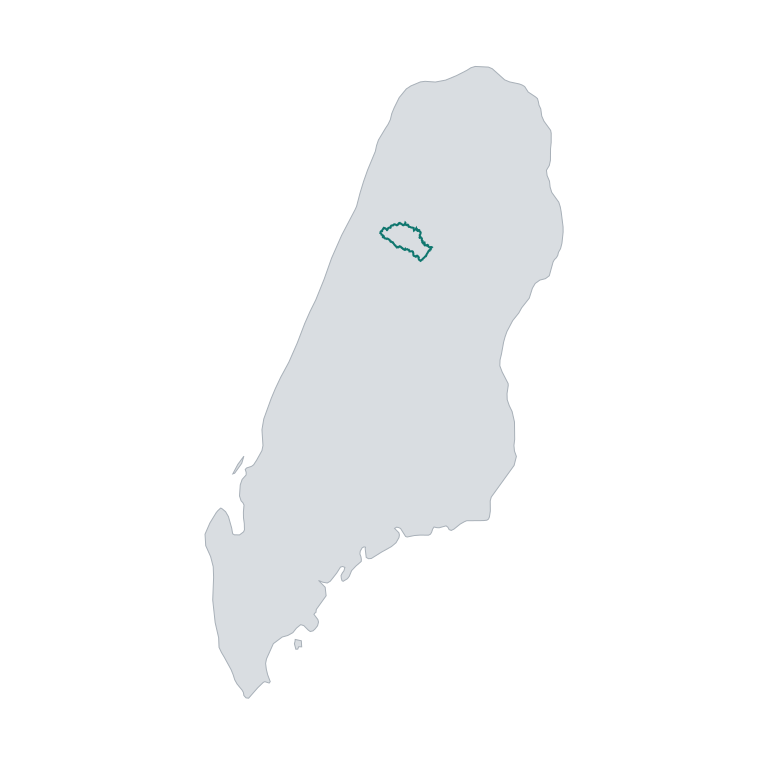 Ambalavao, Haute Matsiatra, Madagascar (highlighted), rotated 185°
{"feature_id": "10022922B7475622417535", "entity_name": "Ambalavao", "entity_type": "district", "adm_level": 2, "iso_a3": "MDG", "parent_name": "Madagascar", "parent_adm1": "Haute Matsiatra", "projection": "orthographic", "projection_center": [46.669, -21.841], "detail": "fine", "context": "in_parent", "style": "outline", "palette": "teal", "viewbox_px": 768, "rotation_deg": 185, "n_neighbors": 0, "source": "geoboundaries", "source_scale": "gbopen_adm2", "svg_char_len": 8646}
<svg xmlns="http://www.w3.org/2000/svg" viewBox="0 0 768 768"><g transform="rotate(185 384 384)"><path d="M506.9,76.3L509.0,81.4L511.5,86.2L519.3,97.9L522.6,102.5L525.4,107.3L526.6,116.8L531.4,131.6L535.8,153.9L536.9,176.6L538.2,187.1L541.7,197.0L547.5,207.4L549.2,218.8L545.3,230.4L539.9,241.3L538.5,243.3L536.0,246.1L534.9,245.9L530.7,243.0L527.4,238.3L523.2,227.2L521.7,221.6L519.9,220.7L514.7,221.1L511.0,224.5L510.3,226.6L511.0,232.8L512.3,238.4L512.9,244.1L512.9,251.2L514.2,253.4L516.2,255.2L518.2,259.9L518.4,271.0L517.0,276.6L513.4,281.4L513.6,284.0L514.8,286.8L513.5,288.4L508.8,290.4L506.8,292.2L504.2,297.1L499.8,307.0L499.2,312.1L501.6,327.8L500.7,338.8L495.1,359.8L491.9,369.8L487.5,381.7L480.7,397.4L474.0,417.2L468.2,437.5L464.0,449.8L459.3,461.8L452.8,483.1L447.2,504.8L439.1,528.6L428.0,555.2L426.8,558.6L424.5,572.2L422.0,584.0L419.0,595.7L412.9,615.0L412.2,620.9L410.8,626.6L404.9,638.7L402.5,643.2L400.7,648.0L399.8,654.1L398.0,659.9L393.8,670.7L387.5,679.9L383.2,683.3L374.1,688.1L369.4,689.1L359.1,689.3L349.1,692.1L338.7,697.5L328.8,703.7L325.0,706.6L320.8,708.3L307.6,708.8L303.6,707.5L290.3,697.5L285.2,695.9L275.4,694.7L272.5,693.9L269.8,692.6L265.8,687.4L257.9,683.1L256.0,681.7L254.8,678.6L253.9,675.3L251.8,671.7L250.2,664.6L247.5,659.7L240.1,651.2L239.3,648.4L238.5,639.1L238.6,632.9L237.7,621.4L238.4,616.0L240.8,611.1L239.7,605.9L236.8,600.4L235.7,594.7L233.6,589.5L225.7,580.3L223.8,575.7L222.5,570.9L219.3,556.1L218.8,550.9L219.0,539.9L219.9,534.3L221.7,530.3L222.1,527.3L223.3,524.8L225.1,522.7L226.2,520.3L228.8,506.2L232.4,503.0L237.8,501.1L242.1,497.4L244.5,492.4L246.8,482.1L253.5,471.9L255.9,466.5L261.3,458.4L266.1,447.0L267.5,441.6L268.5,436.1L269.6,424.1L270.5,418.1L270.2,412.2L267.3,406.2L260.4,395.3L260.1,393.3L260.6,385.1L259.9,379.1L257.3,373.3L254.0,367.8L250.7,357.5L249.0,340.3L249.2,334.1L248.2,328.6L245.8,323.4L247.3,314.2L267.3,280.7L268.0,276.8L267.0,266.7L267.4,260.8L268.1,258.6L269.6,257.3L273.1,256.6L289.7,255.0L291.8,253.9L295.9,251.1L301.6,245.6L304.2,244.0L306.4,244.6L307.9,246.9L309.8,248.1L316.5,245.6L319.0,245.5L321.7,245.9L322.9,243.7L323.6,240.6L324.6,238.5L326.4,237.3L335.0,236.6L340.5,235.7L347.6,233.6L349.2,234.0L354.9,241.5L356.7,242.2L358.9,242.5L360.9,241.1L356.2,237.1L355.5,234.9L355.7,232.3L358.2,226.9L362.4,222.7L371.7,216.4L381.4,209.1L384.2,208.6L386.6,209.7L388.4,218.4L388.2,219.8L389.7,220.0L391.5,218.9L393.1,215.4L393.2,212.6L391.9,209.8L391.3,207.4L391.2,205.3L396.1,200.2L400.0,195.3L401.8,189.5L403.4,186.9L407.5,183.9L408.7,184.4L409.6,186.8L410.1,189.4L409.1,192.0L407.6,194.5L407.0,197.9L409.3,198.6L411.4,197.8L414.6,191.6L418.3,185.9L420.4,182.8L423.2,180.8L427.7,181.2L432.1,182.6L424.9,176.4L423.2,168.0L431.8,153.5L431.9,150.5L433.1,149.6L433.7,148.4L429.3,143.5L428.5,141.1L429.1,137.4L431.2,134.1L433.2,131.9L435.9,131.0L438.1,132.3L442.8,136.3L446.0,137.0L449.9,133.2L453.1,128.4L457.9,125.1L463.3,123.1L471.6,115.7L477.1,99.9L477.6,95.3L476.4,89.7L474.6,84.3L471.4,77.6L472.3,76.1L476.8,77.1L478.3,76.2L483.3,70.4L491.5,59.2L494.1,59.3L496.4,61.4L497.2,64.5L498.8,66.8L504.2,72.3L506.9,76.3ZM450.2,120.0L450.2,121.8L444.0,121.0L443.1,115.0L446.1,114.8L446.8,112.4L448.7,112.1L450.6,117.4L450.2,120.0ZM522.6,291.2L517.3,299.9L518.8,292.6L525.0,282.1L526.8,281.3L522.6,291.2Z" fill="#d9dde1" stroke="#a8b0b8" stroke-width="1"/><path d="M373.7,519.9L373.4,520.0L373.0,520.2L372.9,520.3L372.7,520.4L372.1,520.0L371.4,519.6L371.1,519.6L370.9,519.8L370.6,519.5L370.5,519.2L370.2,518.8L370.2,518.3L369.7,518.3L369.2,518.4L368.8,518.5L367.8,518.7L367.3,518.7L367.1,518.6L367.0,518.3L366.7,518.2L366.6,517.6L366.5,517.3L366.3,517.2L366.2,517.0L366.0,515.6L366.1,515.4L365.8,514.5L365.2,514.1L364.8,514.1L364.5,514.0L364.3,514.0L364.0,513.8L363.8,513.8L363.4,513.5L363.0,513.7L362.9,513.9L362.9,514.2L363.1,514.3L363.0,514.5L362.6,514.6L362.3,514.4L362.1,514.7L361.9,514.7L361.6,514.4L361.3,514.2L361.0,513.8L360.5,513.4L360.3,513.1L360.4,512.6L360.6,512.4L360.4,511.8L360.3,511.6L360.1,511.0L359.9,510.8L359.7,510.8L359.4,510.5L359.1,510.5L358.8,510.1L358.3,509.8L358.0,510.1L357.9,510.2L357.5,510.8L357.0,511.1L356.8,511.4L356.5,511.4L356.4,511.8L356.3,512.1L356.1,512.3L355.4,513.1L354.9,513.4L354.5,514.2L353.8,515.0L353.7,515.0L353.4,514.9L353.3,515.0L353.2,515.5L353.0,515.8L353.1,516.3L353.0,516.5L352.9,516.5L352.8,516.9L352.6,517.4L352.5,517.5L352.4,517.7L352.3,517.9L352.2,518.0L351.9,518.6L351.9,518.9L351.6,519.3L351.5,519.5L351.4,519.9L351.2,519.9L351.1,520.0L351.1,520.3L351.0,520.5L350.8,520.6L350.7,520.9L350.6,521.0L350.3,521.0L350.2,521.0L350.2,521.4L350.2,521.7L349.9,521.8L349.8,522.0L349.5,521.9L349.2,522.0L349.1,522.3L349.2,523.0L348.9,523.6L348.2,524.4L348.4,524.5L349.0,524.6L349.3,524.5L350.2,524.4L350.7,524.2L351.3,524.4L351.5,524.5L351.7,524.8L352.1,525.2L352.1,526.0L352.5,526.1L352.8,526.4L353.0,526.3L353.1,526.1L353.1,525.8L353.2,525.5L353.6,525.6L353.9,526.0L354.3,526.0L354.7,525.9L355.0,525.7L355.4,525.6L355.6,525.8L355.9,526.1L356.1,526.3L356.1,526.8L355.8,527.2L355.7,527.6L356.0,528.6L356.8,528.5L357.1,528.5L357.2,528.4L356.9,528.1L357.3,528.1L357.4,527.9L357.5,527.8L357.9,528.4L358.0,528.8L358.3,528.7L358.4,529.1L358.3,529.3L358.3,529.7L358.1,530.0L358.3,530.2L358.4,530.3L358.7,530.4L358.9,530.5L359.0,530.7L358.9,531.4L359.0,531.7L358.9,532.2L359.0,532.4L359.2,532.6L360.3,532.9L360.5,533.2L360.5,533.6L360.9,533.6L361.0,532.8L361.2,532.7L361.4,532.9L361.4,533.3L361.1,533.8L360.9,534.4L361.0,534.5L361.2,534.9L361.4,535.2L361.4,535.7L361.0,536.2L360.7,536.9L360.7,537.4L360.6,537.9L360.7,538.1L360.9,538.1L361.0,538.4L361.0,538.6L361.1,538.8L361.5,538.9L361.9,539.1L362.1,539.5L362.2,540.3L362.3,540.4L362.5,540.4L362.8,539.7L363.2,539.6L363.3,539.5L363.6,539.5L363.9,539.4L364.6,540.0L364.5,540.4L364.7,540.6L364.7,540.9L364.5,541.1L364.7,541.3L365.1,541.2L365.3,541.3L365.5,541.9L365.7,541.5L365.9,540.9L366.5,540.7L366.9,540.1L367.1,539.8L367.2,539.7L367.4,539.6L367.5,539.5L367.8,540.5L368.0,541.2L368.1,542.1L369.2,542.3L369.8,542.3L370.1,542.2L370.7,542.3L371.0,542.4L371.2,542.6L371.6,542.7L372.6,542.7L373.0,542.7L373.3,543.1L373.1,543.4L373.2,543.6L373.4,543.9L373.5,544.2L373.7,544.4L373.9,544.4L374.0,544.5L374.2,544.8L374.5,544.8L374.9,544.6L375.1,544.4L375.2,544.2L375.3,544.2L375.8,544.3L376.1,544.4L376.3,544.5L376.7,544.9L376.8,545.1L376.7,545.6L376.7,545.8L376.6,546.0L376.6,546.3L376.8,546.5L376.9,545.9L377.2,545.5L377.7,544.8L377.9,544.1L378.0,544.0L378.4,543.8L379.3,543.9L379.5,544.3L379.7,544.5L380.3,544.8L380.9,545.2L381.2,545.3L381.3,545.1L381.5,545.1L382.2,545.8L382.3,545.9L383.1,545.6L383.4,545.2L383.3,544.8L383.4,544.5L384.1,544.2L384.3,543.6L384.5,543.6L384.9,543.2L385.0,543.2L385.1,543.5L385.4,543.6L385.9,543.5L386.3,543.7L386.5,543.9L387.2,543.9L387.3,543.9L387.5,544.0L387.8,544.0L388.1,543.7L388.3,543.3L388.8,543.1L388.9,542.7L389.0,542.6L389.8,542.7L390.2,542.5L390.5,542.5L390.9,542.0L391.1,541.6L391.1,541.3L391.0,540.8L391.0,540.4L391.1,540.2L391.4,540.1L392.3,540.3L392.7,540.1L393.1,540.0L393.3,539.9L393.4,539.7L393.5,539.2L393.8,539.0L393.9,538.2L394.4,537.5L394.5,537.5L394.8,538.1L395.2,538.5L395.5,538.6L395.9,539.0L396.2,538.9L396.6,539.3L396.8,539.3L396.9,539.2L397.3,539.5L397.8,539.6L398.1,539.1L398.3,538.8L398.4,538.3L398.9,537.6L399.3,536.8L399.3,536.5L399.2,536.3L399.2,536.1L399.5,536.1L400.1,536.1L400.5,535.6L400.7,535.3L400.7,534.9L400.7,534.7L400.8,534.2L400.7,534.2L400.4,534.1L400.2,533.9L400.1,533.6L399.5,533.0L399.5,532.9L399.5,532.7L399.2,532.7L398.8,532.2L398.5,532.1L398.4,532.0L398.0,532.0L397.2,531.3L397.4,531.1L397.5,530.8L397.9,530.9L398.0,530.7L398.1,530.4L397.9,530.1L397.5,530.0L397.1,530.1L396.7,530.0L396.4,529.6L396.0,529.5L395.7,529.3L395.6,529.1L395.2,529.2L394.5,529.1L394.4,528.9L394.2,528.9L394.0,529.1L393.7,529.1L393.6,528.9L393.1,529.2L392.9,529.1L392.5,528.9L392.2,528.7L392.0,528.4L391.6,528.4L391.3,528.3L391.3,528.2L390.9,527.9L390.8,527.7L389.9,526.4L389.4,526.6L389.2,526.2L388.6,526.1L388.3,526.0L388.1,526.1L387.8,526.1L387.7,526.0L387.7,525.7L387.6,525.4L387.3,525.3L387.1,525.4L386.8,524.9L386.6,524.7L386.4,524.5L386.3,524.4L386.1,524.0L385.3,523.1L385.1,523.0L384.8,523.1L384.5,522.9L384.4,522.7L384.4,522.4L384.2,522.2L384.0,521.9L383.4,521.6L382.9,521.7L382.8,521.4L382.7,521.5L382.3,521.7L382.1,521.4L381.7,521.3L381.2,521.6L381.2,522.0L380.9,522.2L380.5,522.4L380.3,522.6L379.9,522.3L379.4,522.3L379.3,522.2L379.2,522.0L378.8,521.7L378.6,521.7L378.4,521.2L377.8,520.9L377.4,521.0L377.3,520.9L377.1,520.5L376.9,520.4L376.7,520.1L376.3,520.1L375.7,519.7L375.4,519.4L374.8,519.4L374.6,520.0L374.7,520.3L374.6,520.5L374.3,520.1L373.7,519.9Z" fill="none" stroke="#0f766e" stroke-width="2"/></g></svg>